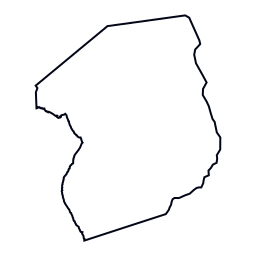 the district of Imul, Aimeliik, Palau
{"feature_id": "81905179B52447266125366", "entity_name": "Imul", "entity_type": "district", "adm_level": 2, "iso_a3": "PLW", "parent_name": "Palau", "parent_adm1": "Aimeliik", "projection": "robinson", "projection_center": [134.509, 7.414], "detail": "fine", "context": "isolated", "style": "outline", "palette": "ink", "viewbox_px": 256, "rotation_deg": 0, "n_neighbors": 0, "source": "geoboundaries", "source_scale": "gbopen_adm2", "svg_char_len": 2679}
<svg xmlns="http://www.w3.org/2000/svg" viewBox="0 0 256 256"><path d="M36.5,108.3L37.1,108.1L37.8,107.7L38.1,107.1L39.5,107.7L39.7,107.4L40.4,108.0L41.0,108.3L41.2,108.0L41.8,108.3L42.3,108.2L42.6,108.6L43.0,108.4L43.7,108.9L44.4,108.6L44.8,110.0L45.3,110.5L45.6,111.0L46.1,111.0L46.4,111.5L47.0,111.4L48.1,112.3L48.5,111.8L49.8,112.2L52.8,113.9L55.8,116.1L56.5,116.2L57.0,115.6L57.3,115.8L56.9,116.3L57.0,117.0L57.3,117.2L58.3,117.9L59.1,117.8L59.7,116.9L60.4,117.4L60.9,117.0L61.1,116.5L60.9,115.9L61.1,115.5L62.1,115.0L63.3,114.8L64.3,114.6L65.2,113.8L66.5,115.2L66.9,117.2L68.1,119.9L68.2,120.9L68.7,121.1L69.0,121.4L68.9,122.1L69.5,124.0L69.7,124.9L70.1,125.5L70.7,126.5L71.1,127.9L71.9,129.2L72.9,130.9L73.6,131.3L74.2,133.1L74.7,133.4L75.0,133.9L76.1,134.7L76.3,135.3L76.8,135.4L77.2,135.8L77.6,136.6L78.7,137.3L80.0,137.6L80.6,137.5L81.5,140.1L81.9,141.5L82.6,142.7L81.8,143.3L81.3,144.5L80.1,147.5L78.9,149.4L76.8,152.2L75.4,154.0L75.1,154.6L74.6,155.2L74.1,156.5L74.1,157.3L73.5,158.3L73.4,159.6L73.2,160.0L73.2,161.7L73.1,163.4L72.0,163.9L71.2,165.0L70.6,165.3L69.7,166.9L69.8,167.5L69.6,168.5L68.9,168.9L68.7,169.2L68.7,169.7L68.5,169.9L68.5,170.4L68.1,171.4L67.4,172.0L67.4,172.4L66.9,172.9L66.7,173.6L66.5,174.2L65.8,174.8L65.5,175.5L64.8,176.0L64.1,176.9L63.7,177.9L63.8,178.6L63.5,179.3L63.6,180.0L63.1,180.8L63.1,181.9L62.5,183.0L62.7,184.0L62.2,184.8L62.1,187.1L62.3,187.6L61.9,188.1L62.1,189.5L62.3,190.2L61.9,190.4L61.7,191.2L62.1,192.4L62.1,193.7L62.4,194.2L62.4,195.0L62.9,196.0L62.9,197.4L63.7,199.3L64.1,201.7L64.7,202.5L64.9,203.3L68.0,208.1L69.2,209.6L70.0,211.8L70.1,212.3L70.6,212.8L71.1,213.0L71.4,214.1L72.4,216.0L72.5,216.9L73.1,218.0L73.4,219.7L73.9,220.9L74.5,221.1L74.8,221.8L75.5,223.6L75.9,224.0L76.0,224.7L76.9,225.5L77.9,226.3L78.7,226.9L79.1,228.7L79.7,229.5L80.1,230.8L80.7,231.8L81.0,232.0L81.5,231.9L82.0,232.3L82.4,232.2L82.4,232.8L82.2,233.3L82.1,233.7L82.5,234.5L83.0,235.0L83.4,235.8L83.6,237.0L83.7,237.5L83.7,238.1L84.0,238.5L84.4,238.7L84.7,239.5L84.2,239.6L84.3,240.6L129.4,225.9L165.8,214.1L167.7,211.5L168.9,209.7L169.5,207.8L171.0,204.9L171.8,201.3L172.6,199.3L174.4,198.0L177.0,198.0L178.5,198.1L179.6,197.8L184.9,195.4L189.7,193.7L193.8,190.0L196.5,188.0L198.9,187.4L201.3,187.4L203.2,183.3L203.6,180.5L204.4,177.2L208.8,175.3L208.5,170.5L210.8,168.1L212.9,164.6L216.6,162.8L217.2,158.5L216.8,155.2L220.2,149.6L220.3,137.4L216.8,132.4L214.6,121.8L212.6,119.1L210.8,113.4L208.8,106.2L206.6,101.5L202.8,95.1L203.0,89.0L206.6,82.5L202.5,74.9L196.0,63.3L194.2,54.7L195.2,49.5L200.2,44.1L199.4,40.5L189.2,17.7L185.2,15.4L107.5,26.1L35.7,85.6L37.4,88.1L35.9,92.2L36.5,108.3Z" fill="none" stroke="#020617" stroke-width="2"/></svg>